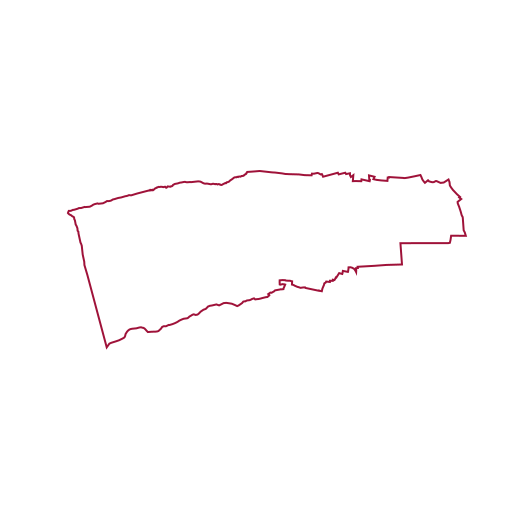 Santimbru, Harghita, Romania, rotated 19°
{"feature_id": "2599482B67016259276706", "entity_name": "Santimbru", "entity_type": "district", "adm_level": 2, "iso_a3": "ROU", "parent_name": "Romania", "parent_adm1": "Harghita", "projection": "orthographic", "projection_center": [25.81, 46.263], "detail": "fine", "context": "isolated", "style": "outline", "palette": "rose", "viewbox_px": 512, "rotation_deg": 19, "n_neighbors": 0, "source": "geoboundaries", "source_scale": "gbopen_adm2", "svg_char_len": 6055}
<svg xmlns="http://www.w3.org/2000/svg" viewBox="0 0 512 512"><g transform="rotate(19 256 256)"><path d="M144.6,391.0L145.9,386.6L147.4,385.2L151.2,382.4L153.9,380.3L156.7,377.5L157.9,376.1L158.2,375.3L158.3,374.3L158.1,372.2L158.7,369.6L159.3,368.2L160.3,366.7L161.4,365.8L162.6,365.1L166.5,363.3L168.8,361.7L170.1,361.0L170.8,360.8L172.0,360.8L173.0,360.6L173.5,360.7L174.3,360.9L175.7,361.6L176.7,362.2L178.5,363.1L182.2,361.5L185.7,360.2L187.3,359.4L188.2,358.7L188.9,357.4L189.9,355.5L190.2,354.1L190.4,353.6L191.0,353.0L191.7,352.4L192.3,352.2L193.1,352.0L193.8,351.7L194.4,351.1L195.5,350.0L195.9,349.6L196.7,349.4L199.2,347.6L201.2,345.9L202.8,344.3L203.5,343.5L204.2,342.5L205.2,341.4L206.6,340.1L208.0,338.9L211.2,337.3L211.9,336.6L212.8,334.9L213.7,333.9L215.0,332.3L215.8,331.6L216.2,331.4L218.1,331.4L219.0,330.9L219.8,330.4L220.6,329.2L221.8,326.6L223.8,323.9L225.7,322.4L226.8,320.1L227.0,319.5L228.6,318.1L230.5,317.1L234.3,314.7L237.2,314.7L238.7,313.2L240.7,311.1L243.1,310.0L245.7,309.5L248.7,309.0L251.8,309.2L254.5,309.5L255.7,308.4L258.2,305.0L258.8,303.3L259.7,302.7L260.6,302.4L261.9,301.0L264.4,299.8L265.4,298.9L266.3,297.9L267.9,296.7L269.4,297.3L270.9,296.5L272.5,295.8L274.4,294.6L275.5,293.8L278.6,291.8L280.2,291.0L280.7,289.9L281.3,289.1L281.4,288.7L280.0,288.0L280.8,286.9L281.5,285.9L281.8,285.8L282.7,285.7L283.6,284.6L284.4,283.8L285.2,282.3L290.0,279.6L290.2,279.4L291.1,279.2L292.7,278.4L292.6,278.0L292.6,277.4L292.7,276.5L292.9,273.5L292.4,273.5L290.2,274.0L289.4,274.5L288.7,275.0L288.3,275.2L287.7,275.2L286.8,272.9L286.3,271.3L289.0,270.1L291.4,269.4L291.5,269.5L292.2,269.5L294.9,268.8L295.7,268.5L296.4,268.3L297.2,268.3L297.9,268.3L298.4,268.2L299.3,271.3L300.1,271.2L301.5,271.3L302.5,271.5L305.2,271.7L306.3,271.6L308.5,271.6L310.8,270.4L311.8,270.0L312.6,269.7L313.1,270.1L326.9,268.4L326.9,268.1L328.1,268.1L329.7,267.9L329.4,265.2L329.6,262.4L329.7,261.0L329.5,259.7L330.0,259.0L330.3,258.8L330.6,258.3L330.7,257.3L334.3,256.5L334.0,255.3L336.7,254.5L336.4,253.4L338.0,253.2L338.5,250.9L338.4,250.8L338.6,250.0L339.0,250.1L340.2,245.1L343.4,244.9L343.4,244.3L343.0,241.8L348.1,241.1L348.1,240.7L347.6,238.0L347.2,236.6L349.0,235.9L350.9,235.8L353.2,236.3L355.2,237.9L355.9,238.6L355.5,237.2L355.0,235.9L354.5,235.0L356.2,234.2L355.6,233.1L371.0,226.8L382.2,222.0L396.8,216.5L388.4,196.9L400.1,192.8L433.5,181.3L435.0,180.4L434.7,177.5L433.9,173.3L447.8,168.6L445.7,165.7L444.0,164.1L439.1,152.6L438.4,151.5L437.8,151.1L437.0,150.2L435.4,147.8L434.0,145.9L432.6,144.1L432.2,143.5L430.6,141.7L429.6,140.5L429.0,139.2L431.5,135.3L429.1,134.5L429.6,133.7L426.0,132.2L422.2,130.2L420.8,129.5L418.3,127.8L416.8,126.6L416.3,126.1L415.9,125.3L415.4,124.1L415.1,123.8L415.1,123.6L415.0,123.3L414.9,123.1L413.1,121.0L409.6,125.4L406.7,126.8L402.3,126.4L401.6,126.6L400.1,128.2L399.1,128.7L398.3,128.9L395.4,129.1L394.0,128.4L391.9,131.8L390.5,131.0L389.2,130.1L388.3,129.4L386.7,127.5L385.1,125.9L380.0,129.0L374.2,132.4L371.7,133.7L370.4,134.2L370.0,134.2L356.2,138.0L356.3,138.5L355.0,138.9L355.8,142.2L349.7,143.8L345.1,144.8L344.8,144.8L342.4,145.1L342.0,145.1L342.1,144.6L342.3,142.5L336.6,143.0L338.1,146.6L338.9,146.8L339.1,148.3L330.8,149.2L331.2,151.0L325.8,152.7L323.2,153.7L321.7,147.9L320.0,150.4L318.6,149.0L317.9,147.2L314.5,149.2L313.3,148.2L307.6,151.9L306.3,150.6L301.9,153.6L293.6,159.2L292.0,157.4L291.6,157.1L290.8,157.8L290.5,157.8L288.3,157.4L287.7,157.4L287.0,157.5L285.7,158.3L284.5,159.0L284.1,159.3L283.8,159.4L282.1,159.9L282.3,161.6L275.7,163.7L270.0,164.9L261.1,167.7L257.0,168.9L253.8,169.4L246.8,170.9L244.0,171.7L231.9,174.4L224.8,177.5L220.3,179.4L220.2,180.3L220.0,181.2L219.8,181.3L219.9,181.6L219.5,182.1L219.4,182.3L218.9,182.6L218.7,182.9L218.6,183.2L218.5,183.4L218.5,183.6L218.3,183.7L218.1,183.9L217.9,184.1L217.7,184.5L217.1,184.7L216.7,185.0L216.2,185.1L215.6,186.0L214.6,186.2L213.4,186.8L213.3,187.2L212.4,187.3L211.8,188.0L211.4,188.1L210.5,188.4L209.5,189.3L209.2,189.9L208.3,191.3L207.5,192.3L206.9,193.1L206.3,194.4L205.1,195.5L204.5,195.7L204.2,196.2L204.0,196.9L203.3,197.2L203.1,197.1L202.7,197.6L201.8,198.4L200.7,199.7L200.2,200.1L199.6,200.2L198.9,200.3L198.5,200.1L198.4,200.0L197.7,200.1L197.3,200.2L196.9,200.3L196.7,200.6L196.3,200.9L196.1,200.9L195.3,200.8L195.1,200.8L194.5,201.0L194.1,201.4L193.9,201.4L192.2,201.6L191.8,201.7L190.2,202.8L189.9,202.9L187.9,203.2L186.9,203.3L185.4,203.7L184.9,204.0L184.2,204.2L183.4,204.3L183.0,204.3L181.7,204.2L180.9,204.0L179.5,203.8L178.8,203.8L177.8,204.1L177.1,204.2L171.0,207.1L170.3,207.4L169.6,207.5L168.6,208.0L167.5,208.4L167.2,208.6L166.7,208.8L165.2,209.0L164.7,209.0L164.1,209.3L163.5,209.6L161.3,210.9L160.2,211.4L159.7,211.8L158.7,212.6L158.1,213.0L157.2,213.5L155.8,214.3L155.4,214.7L155.2,215.0L154.6,215.6L154.4,215.9L154.2,216.8L154.0,217.1L153.8,217.3L153.7,217.4L153.0,217.7L152.9,218.0L152.7,218.3L149.8,219.0L149.6,219.6L149.4,220.1L149.1,220.6L148.8,220.7L148.4,220.6L148.0,220.4L147.7,220.1L146.9,220.4L145.9,221.1L144.5,221.2L144.0,221.4L143.5,221.5L142.8,221.9L142.5,222.1L141.3,222.4L140.0,223.7L139.9,223.8L139.8,223.7L139.1,224.5L138.4,225.2L138.1,226.1L137.6,226.7L137.4,227.1L137.3,227.3L136.8,227.5L136.6,227.6L136.4,227.2L135.0,228.2L134.8,227.8L134.4,227.9L134.1,228.6L133.8,228.8L133.7,228.7L123.3,235.6L118.2,239.3L116.1,239.8L115.0,240.8L113.8,241.6L113.0,242.0L109.5,244.5L106.8,246.0L104.6,247.6L104.1,248.0L102.2,249.2L101.0,250.7L100.2,251.3L99.0,252.0L97.2,252.6L96.1,254.0L94.1,256.0L90.1,257.9L89.0,257.9L86.4,259.6L85.2,260.7L84.7,261.5L83.3,263.0L82.8,263.5L78.5,265.4L78.0,265.4L75.4,267.3L74.8,267.7L74.0,267.9L72.6,268.6L72.2,269.2L70.4,270.5L68.7,271.7L68.0,271.9L66.3,273.5L65.5,273.9L64.3,274.3L64.2,275.0L64.2,276.6L64.9,277.0L65.8,277.4L67.0,277.6L68.2,277.7L68.6,278.0L69.6,278.3L70.9,278.4L71.6,279.1L72.1,280.2L73.2,281.3L75.3,285.0L76.2,285.7L77.0,286.6L78.1,287.9L79.1,290.2L80.1,290.8L80.9,292.6L85.7,300.5L86.5,301.2L87.9,303.0L91.7,311.1L93.7,314.4L95.5,317.4L96.7,320.4L102.7,328.8L144.6,391.0Z" fill="none" stroke="#9f1239" stroke-width="2"/></g></svg>